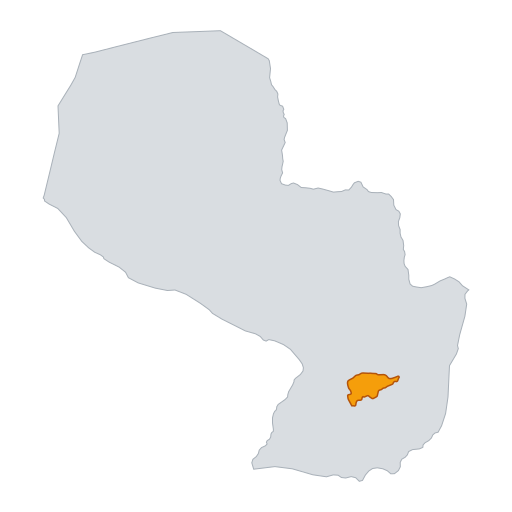 where Guairá sits in Paraguay
{"feature_id": "PRY-608", "entity_name": "Guairá", "entity_type": "Department", "adm_level": 1, "iso_a3": "PRY", "parent_name": "Paraguay", "parent_adm1": "", "projection": "albers", "projection_center": [-56.21, -25.878], "detail": "fine", "context": "in_parent", "style": "filled", "palette": "amber", "viewbox_px": 512, "rotation_deg": 0, "n_neighbors": 0, "source": "natural_earth", "source_scale": "10m", "svg_char_len": 4693}
<svg xmlns="http://www.w3.org/2000/svg" viewBox="0 0 512 512"><path d="M269.6,77.7L270.8,81.6L271.5,84.7L273.2,86.8L275.0,89.7L276.7,91.3L277.9,94.0L277.6,97.0L278.4,101.0L279.3,104.4L280.1,105.3L282.6,106.2L283.8,109.3L283.0,110.9L283.3,112.7L284.2,114.4L283.5,116.1L283.9,117.5L285.6,118.6L287.2,122.9L287.4,130.3L285.8,134.3L284.5,137.6L284.1,139.6L285.2,142.5L283.6,145.9L281.6,150.1L282.1,153.0L282.5,155.7L282.7,158.6L283.2,161.3L282.6,164.2L282.0,166.7L281.7,169.6L282.6,172.9L281.1,175.9L280.3,178.1L280.0,180.3L281.5,183.7L285.4,185.1L288.4,185.4L291.3,183.6L293.5,183.0L297.5,184.6L301.2,187.5L305.9,187.8L310.2,188.3L313.4,189.2L318.1,188.0L322.9,189.1L328.7,190.7L333.4,192.1L338.1,191.7L341.6,191.5L345.3,189.9L348.8,190.0L351.5,187.1L353.0,184.6L354.4,182.8L358.2,181.3L360.9,182.2L363.1,186.9L367.0,189.6L368.5,191.6L371.3,192.5L377.6,192.7L381.4,192.5L385.8,194.0L388.6,194.0L391.2,196.5L393.5,199.6L393.8,205.2L396.0,209.6L398.8,211.2L400.3,213.9L399.8,217.7L398.4,221.5L398.6,225.7L400.1,229.5L400.1,233.3L401.0,237.1L403.0,240.4L403.7,245.6L403.3,249.4L404.6,251.6L405.1,254.7L404.3,257.2L403.9,260.7L404.1,263.7L405.1,266.3L408.0,269.5L408.8,275.3L408.8,279.3L410.1,284.0L412.6,286.2L416.5,287.0L421.2,287.7L426.8,286.7L431.8,285.5L434.6,284.2L440.1,280.9L445.0,278.9L447.5,277.7L449.8,276.8L454.6,279.0L459.0,281.8L462.4,285.7L468.8,289.9L467.6,290.9L465.0,294.3L464.9,298.3L466.7,304.1L464.9,316.2L459.7,334.7L457.5,345.5L458.3,348.6L456.4,354.0L449.5,365.6L449.1,373.4L448.0,396.9L445.6,413.5L441.6,425.7L438.1,432.2L435.0,433.0L432.8,434.9L431.4,438.0L428.8,440.6L425.1,442.7L423.1,444.9L422.8,447.4L419.3,448.9L412.5,449.6L408.6,451.6L407.4,454.8L405.1,457.3L401.8,459.2L400.2,462.4L400.3,466.8L398.4,470.6L394.4,473.7L390.8,473.8L387.4,470.8L382.9,468.8L377.3,467.8L372.6,468.5L368.8,471.0L365.4,475.0L362.5,480.4L359.3,481.3L355.7,477.7L351.2,476.6L345.7,478.0L341.4,477.5L338.1,475.2L333.2,474.9L326.5,476.8L312.9,474.8L292.3,468.8L274.9,466.6L253.7,469.2L251.8,462.8L252.9,459.3L256.3,456.6L258.4,453.5L259.2,450.2L261.5,447.6L265.4,445.8L267.1,444.0L266.4,442.2L267.2,440.6L269.5,439.2L270.7,437.0L271.0,434.0L271.8,432.5L273.3,431.4L273.4,429.3L272.5,423.0L272.5,417.8L273.5,413.7L274.8,411.2L275.7,410.6L276.5,409.2L276.8,406.7L278.2,404.4L285.0,399.6L287.6,397.0L287.8,394.7L288.7,391.6L292.7,384.8L294.0,381.6L294.1,380.0L295.5,378.3L300.4,374.5L303.0,371.0L303.4,367.7L302.2,363.9L299.3,359.7L290.4,349.3L283.5,344.6L274.6,340.8L268.8,339.6L266.1,341.1L263.3,340.0L260.3,336.5L255.5,333.8L245.3,330.9L221.9,319.1L212.5,313.4L209.3,309.8L200.5,303.4L186.1,294.3L175.0,290.0L167.4,290.5L155.2,288.1L138.2,282.9L128.4,277.7L125.6,272.3L119.1,267.1L109.1,262.1L103.9,258.7L103.4,257.0L100.4,254.8L94.8,252.3L88.6,247.8L81.8,241.4L74.4,231.3L66.3,217.6L57.8,208.5L49.0,204.0L44.6,201.0L44.5,199.4L43.2,198.0L44.2,195.2L46.8,184.4L50.6,168.7L54.5,152.4L59.2,133.3L58.6,119.9L58.0,105.9L65.4,93.9L70.7,85.4L75.2,77.4L79.6,63.8L82.6,54.7L95.2,52.1L116.6,46.6L127.3,43.9L149.8,38.2L172.8,32.5L197.0,31.6L220.4,30.7L238.8,41.5L252.8,49.7L268.2,58.8L269.3,60.8L270.5,68.6L269.6,77.7Z" fill="#d9dde1" stroke="#a8b0b8" stroke-width="1"/><path d="M363.0,373.0L368.5,373.3L369.9,373.2L370.6,373.2L372.1,373.4L376.1,373.6L376.6,373.9L377.1,374.3L377.7,374.6L378.4,374.8L383.7,374.6L384.6,374.8L385.6,375.2L386.3,375.7L386.9,376.3L387.9,377.5L388.5,378.1L389.2,378.5L390.4,378.6L392.0,378.4L395.0,377.4L398.0,376.2L398.4,376.2L398.7,376.3L399.2,377.1L398.9,377.7L398.8,377.9L398.4,378.7L397.8,380.4L397.5,381.0L397.0,381.4L396.4,381.6L395.9,381.5L395.5,381.4L395.0,381.4L394.5,381.5L393.8,382.1L393.4,382.6L392.9,383.7L392.7,384.0L392.0,384.4L387.6,386.2L386.9,386.6L385.7,387.5L385.2,387.8L383.4,388.1L382.8,388.4L381.9,389.2L381.3,389.6L379.6,390.1L379.0,390.4L378.6,390.9L378.3,391.4L377.3,395.7L377.1,396.1L377.0,396.3L375.8,397.2L373.0,398.6L372.1,398.5L370.1,397.2L368.8,396.1L368.6,395.9L368.2,395.7L367.6,395.7L366.9,395.9L364.4,397.0L364.0,397.0L363.6,396.9L363.3,396.7L363.0,396.7L362.6,396.9L362.2,397.6L362.0,398.2L361.9,398.9L361.7,399.5L361.3,399.9L360.5,400.2L358.1,400.3L357.4,400.6L356.9,401.0L356.4,401.9L356.1,402.8L355.7,405.2L355.3,405.7L354.6,406.0L353.4,405.8L351.8,405.8L348.5,399.7L348.2,399.0L348.0,398.2L347.7,396.1L347.7,395.7L347.7,395.4L348.0,395.0L348.3,394.8L350.4,394.3L350.9,394.0L351.2,393.5L351.2,392.7L350.7,391.1L350.3,390.3L349.1,388.8L348.7,388.2L348.4,387.3L347.9,385.6L347.6,384.0L347.5,383.0L347.6,382.1L347.9,381.1L348.8,380.3L349.8,379.7L352.5,378.3L353.0,378.0L355.4,375.8L356.0,375.4L356.9,375.1L358.4,374.8L359.1,374.6L359.6,374.3L361.1,373.4L362.0,373.1L363.0,373.0Z" fill="#f59e0b" stroke="#b45309" stroke-width="1.5"/></svg>